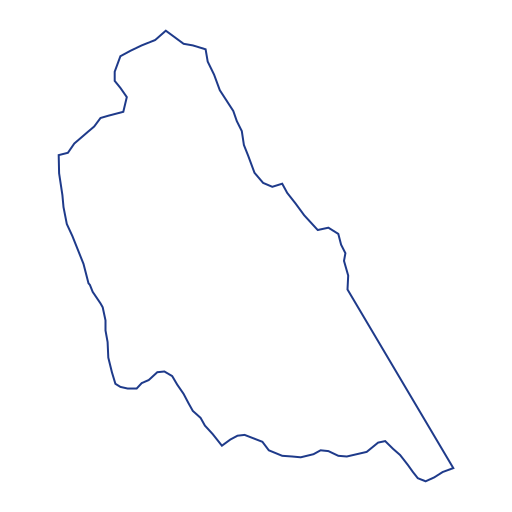 outline of Ammochostos, Cyprus
{"feature_id": "46923920B15488277877643", "entity_name": "Ammochostos", "entity_type": "district", "adm_level": 2, "iso_a3": "CYP", "parent_name": "Cyprus", "parent_adm1": "", "projection": "equal_earth", "projection_center": [33.927, 35.12], "detail": "fine", "context": "isolated", "style": "outline", "palette": "blue", "viewbox_px": 512, "rotation_deg": 0, "n_neighbors": 0, "source": "geoboundaries", "source_scale": "gbopen_adm2", "svg_char_len": 1333}
<svg xmlns="http://www.w3.org/2000/svg" viewBox="0 0 512 512"><path d="M58.7,155.1L59.1,173.3L62.4,195.1L63.5,207.1L66.8,224.0L72.4,236.1L83.5,263.9L88.5,283.3L89.9,284.9L92.7,291.9L100.5,303.4L102.7,307.3L105.5,320.4L105.5,330.5L107.6,342.1L108.3,357.6L111.9,372.2L115.4,383.8L120.4,386.9L127.5,388.5L136.7,388.5L141.7,383.1L148.8,380.0L157.3,372.2L164.4,371.5L172.2,376.1L177.2,384.6L183.6,393.9L188.5,403.2L192.8,410.9L200.6,417.9L204.9,425.6L212.7,434.1L221.9,445.7L230.4,439.5L237.5,435.7L244.6,434.9L262.4,441.8L268.8,450.3L282.2,455.8L292.2,456.5L300.7,457.3L313.5,454.2L320.6,450.3L328.4,451.1L338.3,455.8L346.8,456.5L366.7,451.9L378.1,442.6L385.2,441.1L393.0,448.8L400.1,455.0L407.9,465.0L412.9,472.0L417.8,478.2L425.6,481.3L434.2,477.4L442.7,472.0L453.3,468.1L347.5,289.5L348.2,275.6L344.0,260.9L345.4,253.2L341.1,244.7L338.3,233.9L328.4,227.7L317.7,230.0L304.2,215.3L295.7,203.7L287.2,192.9L282.2,183.7L272.3,186.8L263.1,182.9L254.5,172.8L248.2,155.8L243.9,145.0L241.8,131.1L236.8,121.1L233.3,111.0L228.3,103.3L219.8,90.2L214.1,74.7L207.7,61.6L205.6,49.3L192.8,45.4L183.6,43.8L165.8,30.7L155.2,40.0L141.7,45.4L130.4,50.8L120.4,56.2L114.7,71.7L114.7,80.9L120.4,87.9L126.8,97.1L123.3,111.8L108.4,115.7L100.5,118.0L94.2,126.5L87.8,131.9L74.3,143.5L67.9,152.8L58.7,155.1Z" fill="none" stroke="#1e3a8a" stroke-width="2"/></svg>